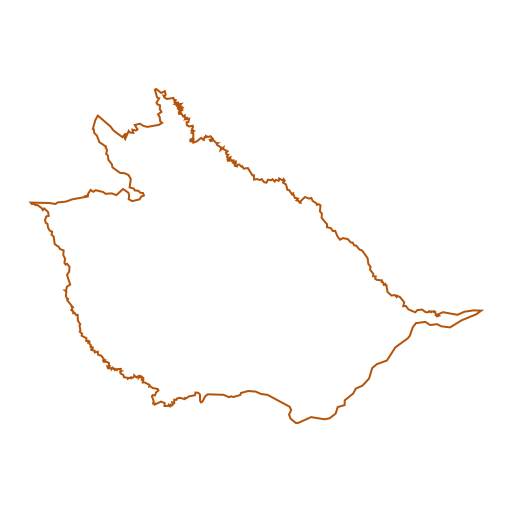 Maní, Casanare, Colombia (Mercator projection)
{"feature_id": "7082276B29021161154313", "entity_name": "Maní", "entity_type": "district", "adm_level": 2, "iso_a3": "COL", "parent_name": "Colombia", "parent_adm1": "Casanare", "projection": "mercator", "projection_center": [-72.273, 4.724], "detail": "fine", "context": "isolated", "style": "outline", "palette": "amber", "viewbox_px": 512, "rotation_deg": 0, "n_neighbors": 0, "source": "geoboundaries", "source_scale": "gbopen_adm2", "svg_char_len": 6011}
<svg xmlns="http://www.w3.org/2000/svg" viewBox="0 0 512 512"><path d="M289.0,414.7L290.7,418.8L295.9,423.0L298.2,422.9L311.1,417.1L324.6,419.3L329.5,418.3L335.6,413.7L337.7,407.1L344.6,405.1L344.7,400.4L353.2,393.5L355.8,388.6L362.5,385.6L369.1,378.5L372.2,368.1L376.8,364.2L386.9,360.5L395.3,347.4L407.8,338.3L409.9,335.6L412.8,327.2L416.0,323.1L425.4,321.9L430.1,325.0L437.0,324.2L441.3,326.3L450.1,327.4L461.6,320.3L476.2,314.3L481.3,310.6L473.1,310.4L464.2,311.8L457.4,314.8L443.0,312.2L437.9,314.4L438.6,315.1L436.3,314.9L438.0,316.0L437.0,316.4L435.8,315.3L435.3,311.8L434.1,311.2L433.7,312.0L431.8,311.3L431.0,312.2L429.2,311.1L428.6,312.1L425.8,312.3L422.2,309.6L417.6,310.0L415.2,312.3L408.5,309.4L405.7,305.9L403.3,306.2L404.2,302.3L400.0,297.1L396.9,295.7L396.5,296.9L394.9,295.1L391.4,295.5L387.5,291.9L386.4,285.1L385.4,285.1L385.1,283.9L383.8,284.8L382.9,282.2L381.7,281.9L381.9,280.4L376.9,279.9L375.2,278.8L375.7,276.5L373.1,276.2L373.3,273.9L370.1,269.7L370.5,266.7L368.4,264.1L367.6,258.2L362.3,250.7L359.2,249.3L356.3,245.6L354.2,245.4L352.7,242.6L350.8,242.5L347.8,239.1L342.9,238.1L340.1,239.7L337.6,236.6L335.2,230.9L332.8,231.0L330.8,228.1L327.0,227.2L327.0,224.2L321.6,217.9L321.9,213.6L319.9,211.4L320.5,205.4L318.9,204.3L316.8,204.8L316.5,203.4L312.6,200.9L311.4,198.0L309.1,198.6L305.0,197.0L300.1,201.7L300.5,202.8L299.7,202.7L298.4,200.8L296.6,200.3L298.0,198.6L294.7,197.8L293.8,194.9L292.7,194.7L293.0,193.4L291.8,194.0L289.0,190.0L287.4,189.8L286.0,184.4L283.1,182.7L284.7,180.7L283.6,179.1L282.6,180.4L279.2,178.4L278.7,180.8L275.8,179.9L274.6,181.5L272.5,179.2L270.9,180.3L268.0,179.7L266.4,182.7L264.1,182.2L261.6,179.1L259.9,180.0L257.1,179.1L254.1,179.6L253.8,175.2L252.4,175.3L247.9,168.1L243.6,168.6L242.3,166.3L241.4,166.7L239.3,164.5L237.4,164.8L237.1,166.4L234.9,165.9L235.1,164.4L233.6,163.3L235.9,162.9L235.7,161.3L233.2,162.1L233.3,160.3L231.6,160.9L230.5,159.2L229.6,160.7L227.9,160.8L227.6,159.7L229.8,159.5L230.4,157.3L227.9,158.3L227.0,157.0L228.3,154.7L226.5,154.4L225.9,152.7L227.5,151.3L223.1,149.0L223.4,147.6L220.6,150.0L221.2,147.5L217.1,144.9L216.6,143.8L217.7,143.1L216.3,143.0L213.3,140.2L210.6,141.2L209.8,139.9L212.7,138.7L210.5,136.2L208.0,137.0L206.0,136.0L206.0,137.2L204.5,137.2L203.8,140.0L201.0,137.9L196.8,141.4L193.4,142.6L193.5,139.2L191.5,139.9L192.0,141.5L190.3,141.2L190.4,139.5L192.6,138.7L193.3,136.8L193.3,133.4L191.8,132.9L193.7,131.2L190.7,130.9L193.0,130.3L192.0,129.1L193.1,126.8L192.6,125.7L189.1,126.5L186.9,125.2L186.6,122.2L188.3,122.1L189.2,118.7L185.3,119.3L186.5,117.8L185.0,117.8L184.7,115.4L183.2,116.5L180.9,112.7L180.5,113.9L179.0,113.9L178.8,112.2L182.3,110.0L181.2,109.0L180.7,110.5L179.5,110.5L177.9,108.5L179.1,107.3L179.6,109.1L182.7,107.7L181.7,106.7L177.5,106.7L176.5,105.4L180.2,105.0L181.2,103.9L178.9,104.2L178.0,102.7L177.1,104.0L174.9,103.9L176.4,102.5L174.5,102.0L175.6,100.1L173.8,99.8L173.4,97.9L166.8,99.0L164.3,97.3L163.5,95.6L164.9,95.8L165.7,94.6L164.8,91.2L161.2,92.9L156.2,89.0L154.9,89.6L157.1,97.4L159.2,98.3L156.5,102.7L157.4,104.4L160.0,105.3L159.8,109.2L161.5,111.9L158.0,114.3L159.8,117.3L160.1,121.1L162.1,122.9L158.8,124.9L147.3,126.9L143.4,125.9L139.9,123.7L134.8,125.0L137.5,129.4L136.0,130.5L132.4,129.7L133.3,132.9L129.7,132.4L128.7,131.0L125.2,139.0L124.1,136.7L126.6,134.9L126.6,133.8L125.2,134.0L122.3,137.1L113.5,130.5L110.4,126.4L97.8,115.6L95.3,120.2L92.8,129.0L93.8,129.4L94.2,132.9L96.9,135.6L99.4,142.2L106.0,146.6L105.6,147.7L107.1,150.1L106.1,153.8L107.8,155.4L108.4,159.8L111.9,164.3L112.5,167.4L120.1,172.9L124.4,173.2L128.4,174.9L130.8,179.0L129.6,187.4L133.8,188.6L134.9,190.4L138.3,190.8L140.3,192.7L143.1,193.1L143.9,195.5L141.4,196.4L139.5,199.4L132.2,201.1L128.7,199.2L129.2,195.7L128.3,192.6L123.0,189.0L116.4,195.1L111.8,193.4L105.6,193.8L103.0,192.0L95.6,190.2L93.3,191.8L90.6,189.9L87.9,194.1L88.1,195.5L85.8,196.1L86.7,196.7L72.0,199.4L66.0,201.6L57.8,202.4L55.3,204.0L49.5,203.0L30.7,202.6L32.0,204.1L33.4,203.5L35.0,204.9L37.5,205.1L41.6,208.0L42.8,210.1L44.2,208.5L48.1,212.0L48.7,215.9L46.3,216.4L45.0,220.1L45.7,222.7L47.5,224.0L48.0,227.6L49.7,230.6L52.1,231.7L51.6,234.8L53.7,236.6L54.7,244.1L59.0,247.1L59.8,249.0L63.6,250.4L63.3,255.2L65.1,258.8L64.4,262.7L65.6,264.6L67.1,263.8L69.5,266.8L69.2,271.6L67.0,274.9L70.2,284.6L66.9,286.7L66.1,290.5L65.0,290.5L66.4,291.6L65.9,295.7L66.8,298.4L68.1,298.9L67.3,300.3L72.6,307.0L71.8,307.0L72.3,309.0L71.3,310.1L73.3,311.4L73.2,313.2L74.6,313.0L76.2,315.1L77.6,314.9L77.9,320.7L80.3,324.3L79.5,325.3L80.4,330.5L79.7,331.7L82.1,333.7L81.6,335.7L86.4,338.2L86.2,340.9L88.3,340.9L88.2,342.4L89.4,341.9L89.3,343.6L90.8,345.1L90.5,346.8L92.8,347.4L92.5,348.9L91.5,348.2L91.4,350.0L94.6,350.7L94.8,352.4L97.8,351.7L98.0,354.6L101.5,355.9L104.1,359.4L103.1,360.2L103.5,361.2L104.8,360.8L104.2,361.8L106.8,361.8L109.0,363.0L108.7,365.6L109.7,365.8L109.1,367.1L107.4,366.6L108.1,368.3L111.1,368.2L111.5,369.2L112.4,367.6L114.7,369.9L115.0,368.9L116.7,370.0L116.8,369.2L120.8,368.9L120.4,370.9L121.5,371.1L120.2,371.9L120.6,373.5L123.4,375.0L123.9,377.2L127.9,377.9L127.9,378.7L129.9,377.7L131.0,378.3L131.3,377.3L132.7,377.8L134.2,376.7L134.2,375.4L136.4,377.3L138.3,376.2L138.5,377.9L139.9,376.1L140.4,377.1L141.4,376.4L143.0,377.8L142.0,378.2L143.2,379.6L142.0,380.1L143.0,380.9L142.7,382.5L144.6,382.4L149.4,384.8L149.2,386.4L149.9,386.0L152.6,388.0L157.7,389.0L158.4,390.5L156.1,392.4L154.9,395.5L152.8,395.1L151.9,396.3L153.7,401.1L153.1,403.5L155.0,403.5L154.9,404.5L161.0,401.6L164.7,403.1L164.5,406.0L168.6,405.9L168.9,404.9L170.0,406.3L170.8,404.9L171.6,405.6L172.8,404.8L172.3,402.4L174.2,403.0L174.3,399.6L176.5,399.8L177.2,398.4L179.7,397.8L184.8,399.1L185.1,397.9L186.5,398.2L188.7,396.5L194.9,395.2L195.5,392.5L198.3,392.8L200.0,394.7L200.0,400.3L200.9,402.3L202.4,401.7L205.2,396.3L207.8,394.3L223.5,394.8L229.1,397.2L231.0,396.3L233.4,397.0L240.3,395.0L240.9,393.0L248.3,391.0L255.6,391.6L260.9,393.9L267.6,394.9L289.6,406.7L291.2,410.0L289.0,414.7Z" fill="none" stroke="#b45309" stroke-width="2"/></svg>